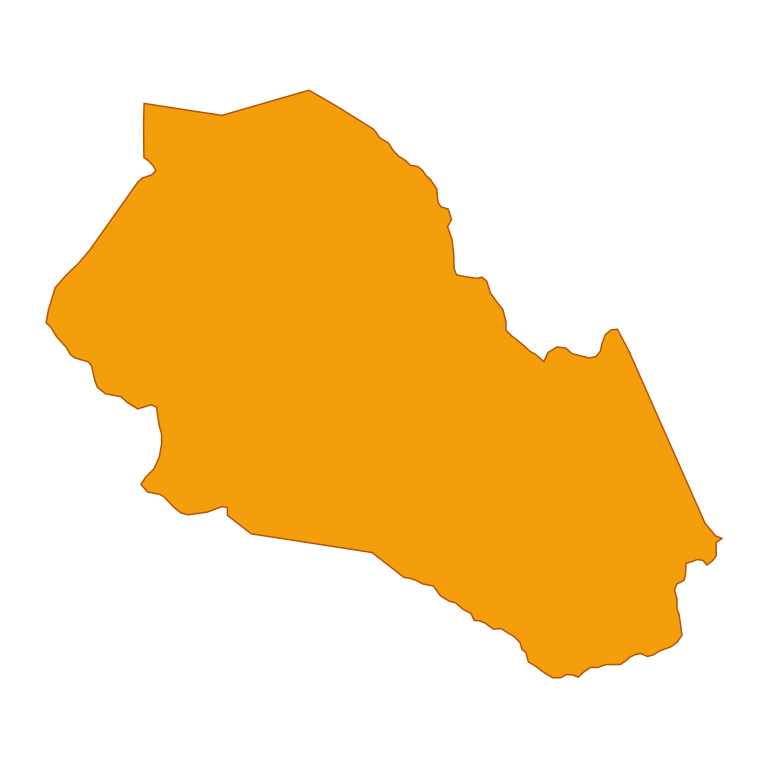 the district of Mirandiba, Pernambuco, Brazil
{"feature_id": "56859067B27130243825859", "entity_name": "Mirandiba", "entity_type": "district", "adm_level": 2, "iso_a3": "BRA", "parent_name": "Brazil", "parent_adm1": "Pernambuco", "projection": "natural_earth1", "projection_center": [-38.712, -8.157], "detail": "fine", "context": "isolated", "style": "filled", "palette": "amber", "viewbox_px": 768, "rotation_deg": 0, "n_neighbors": 0, "source": "geoboundaries", "source_scale": "gbopen_adm2", "svg_char_len": 2191}
<svg xmlns="http://www.w3.org/2000/svg" viewBox="0 0 768 768"><path d="M682.0,635.2L679.1,614.5L677.0,608.9L677.0,598.9L674.5,589.9L677.0,584.0L684.2,580.1L685.5,574.7L686.0,563.2L691.6,561.8L697.2,559.6L702.8,560.3L707.0,565.0L712.7,560.6L716.3,555.5L716.0,542.8L721.9,538.4L715.7,536.0L705.1,523.4L629.1,351.5L617.5,329.3L611.1,329.9L605.3,334.7L601.7,344.6L600.4,351.1L596.1,356.5L589.2,358.0L578.5,355.3L572.3,353.8L565.9,348.2L557.1,346.9L548.1,352.4L543.9,361.6L535.5,354.4L529.6,351.1L525.1,346.7L518.2,341.0L511.3,335.6L506.0,330.2L506.0,322.1L503.0,309.8L499.1,304.8L495.0,299.3L490.4,293.1L486.7,281.1L481.8,277.1L477.1,278.4L464.0,276.5L456.5,274.8L454.0,268.2L453.7,253.0L451.9,239.1L447.5,226.6L451.6,219.6L448.2,209.1L440.8,206.7L437.9,201.9L436.7,188.8L433.3,183.7L430.3,179.4L425.8,175.3L422.4,170.2L417.8,166.6L410.1,165.2L405.7,160.6L398.8,156.4L392.9,150.1L388.4,143.0L379.4,137.6L376.6,133.1L373.3,129.1L337.1,106.5L308.9,90.2L222.0,115.4L186.2,110.0L144.1,103.4L143.6,122.9L143.9,157.6L148.8,161.0L153.4,166.0L155.9,170.8L151.4,175.0L142.4,178.0L138.2,181.6L89.9,249.9L78.5,263.3L66.5,274.8L62.6,279.2L55.3,287.6L48.4,310.0L46.1,322.8L50.8,327.2L56.4,336.4L66.7,347.9L70.1,354.2L74.2,357.7L88.4,361.9L91.5,365.8L95.1,381.5L97.5,387.4L105.4,393.7L121.0,396.7L126.8,402.1L137.7,408.9L151.1,404.8L156.5,407.2L159.1,425.5L161.5,433.6L161.7,443.4L159.4,456.7L154.1,468.6L145.1,477.9L141.0,484.4L147.5,492.0L159.7,494.4L164.0,496.8L173.9,507.3L180.8,512.9L188.2,514.8L207.3,512.1L222.0,506.6L227.4,507.6L227.4,515.4L246.5,530.1L251.2,533.8L356.4,550.1L372.0,552.5L384.6,562.3L403.9,577.4L409.8,578.2L415.3,580.1L423.0,584.0L433.4,586.0L440.2,595.6L449.0,601.1L455.5,602.8L463.2,609.4L470.8,613.3L474.3,620.5L479.7,620.8L485.1,623.1L493.4,629.2L500.9,628.5L508.3,633.1L514.3,636.7L520.0,642.6L522.0,649.5L525.9,652.6L528.4,661.9L534.9,665.7L543.7,672.4L552.5,677.7L560.5,677.8L566.6,674.5L572.9,675.0L578.2,677.2L584.2,671.7L590.6,667.3L597.4,667.6L605.9,664.6L613.4,664.5L620.5,664.5L625.5,661.0L630.1,657.0L635.0,654.7L640.7,653.5L647.6,656.5L652.9,655.0L659.5,651.0L665.2,648.9L670.9,646.8L677.0,642.4L682.0,635.2Z" fill="#f59e0b" stroke="#b45309" stroke-width="1.5"/></svg>